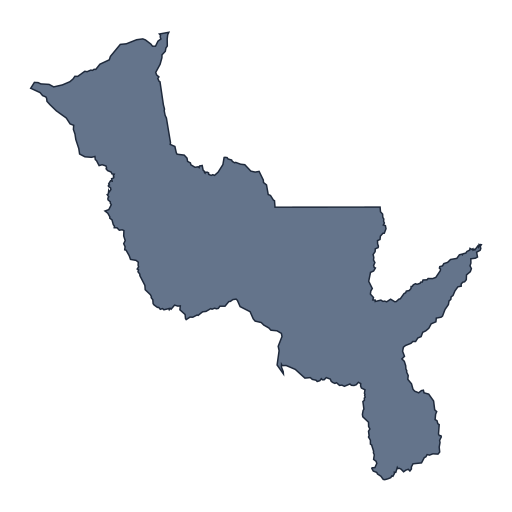 San Juan Bosco, Morona Santiago, Ecuador (Robinson projection)
{"feature_id": "8360857B91956383415021", "entity_name": "San Juan Bosco", "entity_type": "district", "adm_level": 2, "iso_a3": "ECU", "parent_name": "Ecuador", "parent_adm1": "Morona Santiago", "projection": "robinson", "projection_center": [-78.379, -3.26], "detail": "fine", "context": "isolated", "style": "filled", "palette": "slate", "viewbox_px": 512, "rotation_deg": 0, "n_neighbors": 0, "source": "geoboundaries", "source_scale": "gbopen_adm2", "svg_char_len": 6041}
<svg xmlns="http://www.w3.org/2000/svg" viewBox="0 0 512 512"><path d="M283.4,373.9L283.2,371.6L281.4,367.0L281.5,364.5L282.1,365.6L286.2,365.5L295.3,369.4L304.9,378.1L310.3,377.6L312.3,379.4L316.0,380.2L317.2,381.5L319.8,380.7L321.3,378.7L322.4,379.8L324.1,379.8L326.3,377.6L330.3,379.1L331.2,381.3L332.6,382.4L334.9,383.4L336.5,382.7L339.5,385.4L341.9,385.1L344.4,386.3L349.9,384.0L351.4,385.3L354.0,385.5L356.3,384.7L358.4,382.3L360.7,383.6L360.6,385.9L361.4,388.0L365.0,389.8L364.4,393.3L365.0,394.3L364.6,395.3L365.2,397.2L364.3,398.1L364.4,400.3L362.9,401.5L363.9,409.1L363.1,410.5L362.4,414.4L362.8,416.8L368.5,422.2L368.6,426.5L369.9,429.0L368.5,431.2L369.1,435.7L368.5,437.0L370.4,440.2L370.4,444.1L371.6,444.9L373.6,451.3L373.4,452.8L374.3,454.8L373.6,459.4L376.1,461.3L376.8,463.4L374.9,467.6L372.1,467.8L371.8,468.4L373.3,471.1L376.7,472.4L377.5,474.0L380.9,476.2L383.2,479.4L384.7,479.7L387.6,478.9L390.7,477.7L391.9,475.9L392.9,476.3L394.5,473.4L394.3,472.2L395.8,472.3L397.3,467.4L398.0,468.6L399.3,468.3L401.1,469.2L403.6,471.8L405.9,470.1L408.3,469.3L409.9,471.0L411.4,469.0L411.4,466.9L413.0,463.8L421.5,462.9L424.3,457.6L425.9,456.8L427.1,454.6L429.5,455.1L432.9,453.8L438.0,454.1L439.7,452.0L439.2,447.1L440.0,442.6L439.6,440.3L441.3,436.9L440.9,435.7L439.4,435.6L438.5,434.1L439.2,424.6L437.8,423.7L437.0,420.7L435.1,419.6L435.6,414.2L436.7,411.6L434.7,409.8L433.6,401.0L428.7,394.1L424.0,392.8L423.4,390.2L421.4,390.6L418.7,392.8L414.7,391.2L413.0,389.3L411.5,383.8L407.8,379.3L408.2,375.5L406.6,372.1L406.8,370.8L405.9,369.0L405.7,365.7L404.3,361.3L401.9,358.9L404.5,356.3L402.6,351.3L403.4,347.2L405.5,345.5L411.0,343.3L412.8,341.5L415.6,341.5L417.8,338.0L421.1,336.6L422.7,332.3L425.7,330.9L428.8,328.3L431.2,323.8L435.9,321.8L436.3,318.1L441.1,317.2L442.5,316.1L445.0,309.5L448.4,304.6L449.0,301.0L450.8,299.4L451.1,296.9L453.0,295.5L454.9,291.0L457.9,286.8L461.2,286.2L461.2,283.9L462.8,282.2L464.6,281.8L466.3,279.7L466.5,274.9L470.3,271.7L471.4,268.6L470.0,265.8L470.9,263.1L470.8,258.8L475.4,258.2L477.5,257.0L476.6,252.2L480.1,250.3L480.8,248.5L480.3,246.3L481.3,244.7L480.1,244.5L479.6,245.3L479.0,244.7L478.6,247.2L477.8,246.0L474.9,249.9L474.3,249.3L473.1,250.1L472.9,248.8L471.9,249.4L470.0,248.4L469.7,250.1L466.9,251.5L465.8,253.1L462.9,253.8L462.4,254.8L461.6,254.2L459.4,254.8L456.8,258.4L450.5,259.5L447.6,262.4L443.8,263.6L442.5,265.9L439.8,266.6L439.4,268.1L440.5,269.0L440.3,270.7L435.8,277.4L432.6,278.6L428.1,278.5L427.0,279.8L423.0,280.0L422.3,282.0L420.6,282.2L420.1,283.3L417.0,284.3L415.5,283.7L413.3,284.8L412.3,286.4L411.1,286.5L411.0,288.5L409.3,290.5L406.3,291.1L405.7,292.7L404.0,293.6L400.3,298.8L398.9,299.1L396.2,301.6L394.7,301.7L390.6,299.2L386.7,301.8L384.6,301.1L382.9,301.4L380.9,300.1L375.2,301.5L375.2,300.1L372.8,299.9L373.5,297.5L370.4,294.1L370.8,291.0L372.3,288.5L368.7,281.3L370.5,272.4L373.6,271.0L375.4,268.0L374.2,267.4L373.6,265.4L374.9,262.6L373.5,260.0L373.8,257.4L373.1,254.5L375.1,251.7L375.3,248.8L378.1,247.6L378.4,246.1L377.6,243.9L377.5,240.6L380.0,239.5L380.4,236.1L382.9,233.3L384.3,233.2L386.0,228.7L385.4,225.6L383.3,225.0L384.4,223.0L383.6,221.3L383.8,219.0L382.8,217.4L382.6,214.1L380.5,211.8L380.1,207.1L275.0,207.2L274.5,200.7L273.4,200.1L270.5,195.5L268.2,194.5L266.5,184.9L263.5,182.5L263.3,180.0L259.1,171.4L255.2,172.1L250.8,171.1L244.8,164.7L240.6,164.2L235.7,162.4L234.6,162.8L232.3,161.4L231.6,160.0L228.1,159.0L227.1,157.6L225.0,157.3L224.1,157.5L222.9,164.6L218.1,172.2L214.5,175.4L212.8,174.7L211.2,175.4L208.7,174.4L208.6,172.9L207.3,172.2L205.4,172.3L205.1,173.1L204.5,172.5L204.6,171.6L203.1,170.1L202.2,165.5L199.6,166.0L199.1,167.6L198.2,166.8L195.0,167.3L190.9,164.8L190.4,162.9L187.6,161.4L187.0,158.1L184.2,155.1L177.1,154.2L176.3,152.8L174.9,146.5L170.2,144.4L170.5,142.7L166.4,118.0L165.1,115.3L164.2,110.7L164.5,109.1L163.4,104.9L160.0,81.8L159.1,81.3L157.8,78.5L158.9,76.9L156.6,74.9L155.7,72.4L160.1,64.3L161.9,57.8L162.0,54.8L165.3,51.3L165.9,48.0L167.3,46.0L167.2,39.0L167.7,34.7L168.8,32.3L159.4,34.0L160.5,35.3L160.2,36.9L160.9,39.0L158.0,41.1L155.5,46.2L152.5,46.2L150.9,44.1L145.4,39.9L142.8,38.9L136.7,39.7L126.3,43.8L120.3,44.4L110.4,56.4L109.3,59.8L99.9,64.2L95.8,69.4L94.1,69.3L92.5,70.4L90.8,70.1L87.1,71.7L84.8,71.3L77.7,76.4L74.9,76.3L73.1,78.9L69.9,81.7L62.4,84.9L53.7,86.9L49.1,84.4L40.8,83.9L38.1,82.6L34.4,82.4L30.7,88.3L40.1,92.6L42.6,95.6L45.8,96.9L46.6,98.3L47.0,101.4L49.9,104.6L56.4,110.9L66.3,118.0L70.1,123.9L73.7,125.3L73.4,129.4L75.0,134.1L75.8,139.5L78.8,148.6L79.6,154.0L84.9,156.8L91.5,157.3L94.9,156.5L95.3,159.6L96.5,160.6L99.1,165.6L102.1,164.7L106.0,166.0L106.6,168.0L106.1,168.8L107.6,170.6L111.0,172.0L112.1,174.0L114.2,174.2L113.3,175.9L113.9,176.9L113.6,177.9L111.6,178.7L112.1,181.1L110.6,180.7L108.7,183.8L109.4,184.9L108.4,185.5L108.5,186.5L110.5,187.7L110.9,189.6L109.2,191.9L108.7,190.7L108.3,194.0L107.2,194.6L108.7,196.8L107.9,198.1L108.0,199.8L110.3,201.8L110.3,203.2L111.3,204.7L108.8,209.6L105.0,211.0L107.8,213.2L109.8,216.8L109.8,218.2L112.0,219.9L113.3,224.7L114.4,226.0L114.2,227.7L117.0,227.8L119.3,230.2L122.2,229.8L123.9,230.6L123.7,235.9L125.2,240.6L123.7,243.7L125.1,246.7L124.7,249.8L126.1,250.2L129.2,255.7L130.5,259.4L136.1,260.4L138.3,262.2L138.1,265.1L138.6,266.9L137.2,269.0L138.5,269.7L138.0,271.8L139.8,274.1L139.9,275.7L144.9,285.4L145.2,289.7L150.4,294.7L151.4,296.8L151.2,297.7L152.8,299.7L153.1,303.6L154.0,304.9L157.4,307.4L158.7,307.4L160.3,309.3L162.5,308.6L163.9,309.8L168.7,308.6L169.2,309.7L170.1,308.3L171.1,309.2L174.6,305.1L177.8,306.1L180.3,305.9L179.9,309.8L185.1,314.5L185.5,318.6L186.2,319.6L190.0,317.1L192.8,317.2L197.1,315.0L198.1,315.4L202.6,311.8L206.0,311.4L210.8,308.6L212.0,309.2L214.7,308.2L216.4,308.8L218.3,308.4L219.9,306.2L225.0,306.2L228.8,301.6L230.4,301.4L232.8,299.6L236.1,299.1L237.4,300.4L240.1,306.6L250.1,311.7L253.2,318.8L255.1,321.1L261.2,322.5L263.8,325.1L268.9,328.0L270.9,330.2L277.0,330.8L281.4,333.4L282.0,336.5L278.2,346.3L279.1,350.7L277.1,365.0L283.4,373.9Z" fill="#64748b" stroke="#1e293b" stroke-width="1.5"/></svg>